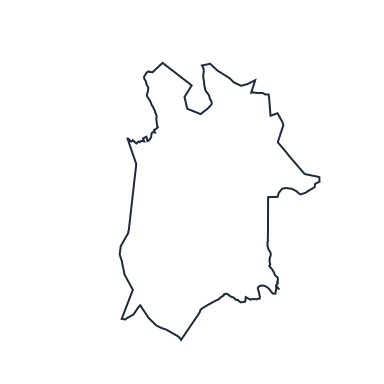 El Bosque, Chiapas, Mexico, rotated 153°
{"feature_id": "50627088B31014849406077", "entity_name": "El Bosque", "entity_type": "district", "adm_level": 2, "iso_a3": "MEX", "parent_name": "Mexico", "parent_adm1": "Chiapas", "projection": "equal_earth", "projection_center": [-92.753, 17.025], "detail": "fine", "context": "isolated", "style": "outline", "palette": "slate", "viewbox_px": 384, "rotation_deg": 153, "n_neighbors": 0, "source": "geoboundaries", "source_scale": "gbopen_adm2", "svg_char_len": 5403}
<svg xmlns="http://www.w3.org/2000/svg" viewBox="0 0 384 384"><g transform="rotate(153 192 192)"><path d="M312.2,110.9L309.4,108.7L309.0,108.8L307.5,109.1L305.4,109.2L300.2,109.4L299.8,109.4L299.2,109.7L292.6,113.4L289.6,114.6L287.8,99.3L284.4,89.4L284.2,89.1L283.4,88.0L282.3,86.4L280.1,83.8L278.2,81.9L277.2,80.8L275.0,77.4L269.4,68.8L268.9,65.2L240.3,80.9L237.7,83.3L234.9,83.8L229.2,84.2L220.6,84.4L220.2,84.4L219.0,84.4L218.5,84.3L218.1,84.3L217.7,84.3L217.3,84.3L216.9,84.4L216.5,84.4L216.1,84.6L215.9,84.7L215.6,84.8L214.9,84.8L214.4,85.2L214.1,85.2L213.9,85.2L213.6,85.2L213.2,85.2L212.9,85.3L212.5,85.3L212.3,85.4L212.1,85.4L211.9,85.4L211.7,85.3L211.4,85.4L211.0,85.5L210.8,85.6L210.6,85.8L210.3,86.0L210.1,86.2L209.8,86.3L209.6,86.0L209.3,86.0L209.1,86.0L208.8,86.1L208.5,86.1L208.3,86.0L208.1,86.0L207.7,85.8L207.6,85.7L207.3,85.6L206.8,85.1L206.7,84.9L206.5,84.6L206.2,84.0L206.0,83.7L205.9,83.3L205.6,82.5L205.3,82.0L205.1,81.5L204.8,81.1L204.5,80.8L204.2,80.5L203.8,80.1L203.3,79.7L202.9,78.9L202.4,78.2L202.4,77.7L202.3,77.4L202.2,76.8L202.0,76.4L201.9,76.3L201.6,76.0L201.5,75.7L201.3,75.5L201.1,75.5L200.6,75.3L200.4,75.2L200.2,75.0L200.0,74.6L199.9,73.9L199.5,73.2L199.4,72.8L199.2,72.7L199.0,72.3L198.9,72.0L198.7,71.6L198.5,71.4L198.3,71.4L198.0,71.3L197.8,71.2L197.5,71.1L196.7,71.0L195.9,70.7L195.4,70.5L195.0,70.4L194.6,70.3L194.4,70.2L194.2,70.4L194.2,70.5L193.9,70.8L193.8,71.0L193.6,71.2L193.5,71.4L193.4,71.6L193.3,71.8L193.1,72.0L193.0,72.3L192.9,72.3L192.8,72.5L192.7,72.7L192.4,73.0L192.1,73.5L191.8,73.9L191.4,73.2L190.9,72.5L190.1,71.3L189.8,70.9L189.0,69.9L189.0,69.7L188.9,69.5L188.6,69.4L187.9,69.5L187.3,69.4L186.6,69.2L186.3,69.0L185.9,68.7L184.7,68.1L183.4,67.2L182.8,66.8L182.5,66.9L182.1,67.0L181.7,67.0L181.2,66.8L180.4,66.4L180.1,66.3L178.9,68.1L178.6,70.2L177.9,71.8L177.6,74.3L177.0,76.5L175.5,77.5L173.0,77.3L170.9,76.2L169.3,74.7L168.0,72.5L167.2,70.3L166.9,68.3L166.7,66.7L166.0,64.8L163.9,63.6L160.3,68.3L159.9,70.6L159.8,69.2L158.5,65.5L159.2,68.4L159.3,69.8L159.2,70.9L158.9,71.1L157.1,71.5L156.8,72.0L157.1,72.8L157.0,73.3L156.4,73.7L156.0,73.8L155.6,74.3L154.5,76.6L154.7,77.3L154.9,77.8L155.0,78.0L155.3,78.5L155.5,79.1L155.6,79.4L155.7,80.1L155.7,81.6L155.5,82.8L155.6,84.4L155.7,85.9L155.9,87.9L156.5,89.3L156.6,91.2L155.2,92.0L154.8,93.4L154.7,94.2L154.2,95.1L154.2,95.4L154.1,95.8L153.9,96.2L153.5,96.6L153.1,97.0L152.8,97.6L152.7,98.0L152.4,98.3L152.1,98.5L151.7,98.8L151.1,99.3L150.5,100.1L150.1,100.8L149.9,101.3L149.5,102.9L149.7,104.3L149.9,106.5L149.7,107.4L149.4,108.3L149.3,109.2L149.1,110.0L148.7,110.8L148.5,111.2L147.8,112.3L147.1,113.6L146.7,113.9L146.3,114.4L145.1,117.1L144.0,118.9L126.5,152.9L117.9,148.8L116.9,150.0L116.6,150.1L115.3,151.7L112.7,152.9L110.0,154.0L106.3,152.8L104.2,151.3L101.7,149.6L98.7,145.5L97.7,143.0L96.6,140.7L96.2,140.6L95.5,140.5L94.9,140.4L93.4,140.1L92.0,139.9L90.7,139.8L90.0,139.9L88.6,140.2L87.3,140.2L81.3,140.6L80.6,140.7L79.4,142.1L78.8,143.1L78.7,143.2L78.3,143.4L75.8,143.3L74.5,143.3L73.8,143.2L71.8,147.4L73.0,148.6L74.1,149.4L78.2,152.7L79.3,153.5L80.2,154.3L81.3,155.1L82.3,156.0L83.4,156.8L83.8,158.3L84.2,159.9L84.5,161.3L84.9,162.8L85.7,165.8L86.1,167.4L86.4,168.9L86.7,170.4L87.5,173.4L89.2,180.5L89.5,182.3L89.6,182.7L89.7,183.1L89.9,184.2L90.0,184.6L90.7,187.9L92.0,193.2L93.0,197.3L90.2,200.1L86.6,203.8L86.2,204.3L85.2,205.1L84.2,206.1L83.3,207.1L80.4,209.8L80.2,210.8L79.7,213.0L80.0,223.3L87.4,224.3L84.4,231.7L84.3,231.8L82.6,235.9L80.7,240.5L80.3,241.5L79.5,244.1L80.3,244.6L81.4,245.1L82.6,245.8L83.7,247.7L84.7,248.5L87.1,249.7L89.5,251.0L91.2,252.2L92.0,252.7L92.6,253.2L93.2,253.2L93.6,253.3L94.2,253.6L89.3,258.5L85.0,262.9L87.2,262.9L93.8,263.0L100.1,264.4L105.0,270.7L106.9,276.5L114.2,288.6L117.7,298.2L119.6,298.5L125.7,300.2L125.6,298.6L125.6,297.4L125.8,296.2L126.3,295.2L127.1,293.6L127.9,292.4L128.9,291.0L129.9,289.0L130.7,286.7L131.2,284.8L131.8,283.3L132.4,282.2L132.7,280.8L133.2,279.1L133.7,277.3L133.9,275.4L133.5,273.9L133.2,272.0L133.0,270.8L133.3,268.4L133.9,267.0L133.6,265.4L133.5,264.6L133.7,263.2L134.2,262.3L134.4,261.7L135.0,261.1L140.1,259.2L148.2,257.7L149.0,257.5L158.4,268.3L155.6,280.0L143.9,287.1L145.7,291.0L159.6,320.4L172.8,316.6L175.3,318.3L175.8,319.2L177.3,319.1L178.4,318.9L179.6,318.1L180.8,317.5L182.0,316.8L182.9,315.6L183.0,314.5L183.0,313.7L182.9,311.8L183.1,310.5L183.7,308.4L183.6,306.6L183.5,305.3L184.4,303.4L185.8,301.5L186.9,300.4L188.0,299.2L188.5,297.9L188.5,296.0L188.1,293.9L188.0,291.7L188.1,290.0L188.4,287.9L188.1,285.7L188.3,283.2L188.2,281.1L188.7,279.6L188.6,277.7L189.1,275.7L190.0,274.3L190.7,273.2L191.5,271.0L192.0,269.6L192.6,268.1L193.0,266.5L193.0,265.2L195.8,264.5L197.9,264.4L198.0,261.9L198.6,262.4L200.1,263.1L201.6,262.5L202.3,261.2L203.3,259.8L204.3,258.9L205.2,258.4L206.7,257.7L208.1,257.4L208.6,257.5L207.5,261.9L211.4,262.0L211.6,258.8L212.4,259.5L213.6,260.3L214.7,260.5L215.5,260.4L215.9,260.1L216.6,261.0L216.8,261.3L217.7,261.0L218.5,260.7L219.4,260.4L219.5,260.5L221.3,264.9L221.7,264.5L223.3,264.6L223.9,265.9L224.2,267.7L224.6,268.4L225.2,268.8L229.0,242.1L233.3,235.6L238.3,228.1L265.5,186.9L266.3,186.0L267.0,185.3L267.1,184.9L267.6,184.3L268.2,183.8L271.5,181.8L273.7,180.3L274.9,179.5L279.1,176.7L280.0,176.2L281.9,173.4L284.8,169.2L285.9,162.3L286.6,160.1L287.7,156.0L288.4,153.2L288.9,151.3L289.6,149.3L289.1,131.7L312.2,110.9Z" fill="none" stroke="#1e293b" stroke-width="2"/></g></svg>